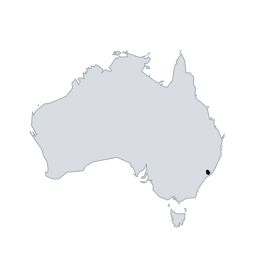 location of Dungog, New South Wales, Australia, rotated 12°
{"feature_id": "25037944B39236446518145", "entity_name": "Dungog", "entity_type": "district", "adm_level": 2, "iso_a3": "AUS", "parent_name": "Australia", "parent_adm1": "New South Wales", "projection": "albers", "projection_center": [151.601, -32.347], "detail": "fine", "context": "in_parent", "style": "filled", "palette": "ink", "viewbox_px": 256, "rotation_deg": 12, "n_neighbors": 0, "source": "geoboundaries", "source_scale": "gbopen_adm2", "svg_char_len": 4308}
<svg xmlns="http://www.w3.org/2000/svg" viewBox="0 0 256 256"><g transform="rotate(12 128 128)"><path d="M169.3,50.2L173.3,62.0L177.1,61.2L181.7,64.5L182.9,71.9L185.6,74.4L186.5,81.4L188.5,84.9L200.9,91.3L205.9,102.4L207.3,103.0L207.5,101.0L210.1,103.0L210.5,102.0L211.6,107.7L213.2,109.4L216.5,111.2L222.9,120.9L222.6,127.4L224.8,135.3L221.4,149.9L219.3,155.2L214.0,161.2L209.3,173.2L208.3,182.2L199.7,184.6L195.6,188.6L192.9,189.1L193.8,191.2L189.4,188.2L190.0,187.4L189.7,186.7L188.9,186.7L187.6,188.2L186.5,187.4L188.2,186.0L187.1,185.0L181.8,190.2L172.8,188.6L165.3,183.4L164.6,178.9L160.8,175.1L162.2,175.1L162.1,173.8L157.5,175.6L158.5,172.4L156.1,168.1L155.1,173.4L151.7,174.4L152.0,172.6L153.6,172.4L155.0,165.1L153.7,159.9L152.0,165.7L148.8,168.3L146.9,172.0L147.5,173.6L146.1,173.6L143.6,172.1L145.0,171.9L143.5,168.8L140.7,165.4L138.8,165.2L138.0,162.0L123.3,159.0L101.2,168.2L94.9,173.7L92.9,179.2L77.6,183.9L71.0,192.0L65.3,193.5L57.8,192.0L56.4,188.3L58.2,188.4L58.7,185.7L56.2,178.2L51.5,173.4L48.0,166.7L35.2,154.7L38.7,155.2L35.4,151.3L37.6,153.5L40.1,153.5L33.1,145.6L31.2,132.0L32.9,134.8L34.4,130.6L41.8,121.5L45.3,120.7L61.0,109.7L65.5,100.4L63.8,95.7L66.4,91.2L70.8,95.8L71.6,92.4L69.1,90.7L69.3,89.3L75.5,88.6L73.5,88.6L74.2,86.1L72.7,84.5L75.8,83.4L74.3,82.3L76.9,81.5L75.5,79.7L77.3,76.8L77.8,78.2L79.6,77.5L79.1,74.9L82.1,75.2L83.3,72.7L86.6,73.5L91.2,76.2L91.2,79.2L93.2,75.8L99.2,76.5L99.9,74.7L97.0,73.0L101.6,61.9L103.1,62.3L104.9,59.4L105.9,60.3L112.6,58.3L111.9,56.0L107.0,55.1L107.7,54.4L125.1,56.6L129.7,54.0L128.8,56.1L131.0,56.8L133.1,54.2L135.6,55.8L133.6,60.6L130.8,61.4L131.4,64.5L129.5,69.9L145.4,77.0L149.5,77.4L151.0,79.5L157.7,80.3L161.6,71.8L160.8,60.3L161.2,55.9L162.8,54.7L161.3,52.9L164.8,44.3L169.3,50.2ZM187.3,199.6L194.0,201.8L201.6,199.9L202.3,207.0L201.8,205.7L201.1,207.3L201.1,211.9L198.3,210.1L196.8,214.5L193.5,214.3L194.1,213.1L191.1,211.2L189.8,207.6L191.1,208.2L187.8,203.4L187.3,199.6ZM99.1,56.1L103.9,55.1L105.6,56.1L102.9,59.1L99.1,56.1ZM150.7,178.0L157.4,176.9L154.7,178.5L150.7,178.0ZM135.4,63.3L136.7,65.6L133.6,65.6L133.9,63.8L135.4,63.3ZM222.5,119.8L222.3,116.8L223.4,114.4L223.8,116.2L222.5,119.8ZM199.6,194.8L201.8,195.3L201.9,196.3L199.6,194.8ZM98.8,56.9L100.9,58.9L97.9,59.4L98.8,56.9ZM184.7,196.0L183.5,195.8L184.0,194.1L184.7,196.0ZM152.9,75.0L151.5,75.9L150.2,76.5L150.7,75.0L152.9,75.0ZM35.0,154.0L33.5,153.1L33.0,151.9L33.1,151.7L35.0,154.0ZM201.4,197.3L202.3,197.9L200.7,197.4L201.4,197.3ZM212.6,108.0L213.6,108.0L213.6,109.3L212.6,108.0ZM186.9,81.2L188.2,81.9L188.0,82.4L186.9,81.2ZM198.3,212.7L198.5,213.8L197.7,213.5L198.3,212.7ZM224.0,128.5L224.1,130.2L224.0,128.5ZM111.3,53.7L110.4,53.2L110.8,52.7L111.3,53.7ZM133.7,50.2L132.7,51.6L133.8,49.3L133.7,50.2ZM224.2,126.6L223.7,127.1L224.1,126.6L224.2,126.6ZM138.5,72.4L137.9,72.8L138.2,72.1L138.5,72.4ZM133.0,63.6L132.2,63.8L132.6,63.0L133.0,63.6ZM35.8,123.7L35.9,124.7L35.5,124.8L35.8,123.7ZM163.3,43.8L163.4,44.7L163.0,44.1L163.3,43.8ZM189.0,187.1L189.2,187.6L188.9,187.5L189.0,187.1ZM132.4,52.0L131.0,53.1L132.4,51.8L132.4,52.0ZM75.3,78.5L74.9,79.2L75.1,78.4L75.3,78.5ZM198.7,211.8L198.4,212.1L198.6,211.6L198.7,211.8ZM152.5,78.1L151.7,78.2L152.1,77.6L152.5,78.1ZM73.3,83.6L73.0,84.1L72.8,83.3L73.3,83.6ZM201.7,209.3L201.2,209.6L201.3,209.0L201.7,209.3ZM163.7,41.5L163.6,42.1L163.1,41.9L163.7,41.5ZM188.7,187.9L189.3,188.3L188.3,188.3L188.7,187.9ZM202.4,91.2L201.8,91.2L202.0,90.5L202.4,91.2ZM207.0,100.9L206.7,100.9L206.9,100.3L207.0,100.9ZM187.6,198.7L187.4,199.2L187.2,198.6L187.6,198.7Z" fill="#d9dde1" stroke="#a8b0b8" stroke-width="1"/><path d="M214.1,153.6L214.1,153.8L214.2,154.0L214.2,154.3L214.3,154.3L214.4,154.5L214.5,154.7L214.6,154.8L214.7,155.0L214.8,155.1L214.7,155.3L214.8,155.4L214.8,155.5L214.9,155.8L214.8,156.0L215.4,156.2L215.5,156.1L215.7,155.9L215.7,156.0L215.8,156.0L216.1,156.1L216.3,156.0L216.3,155.9L216.3,156.0L216.2,156.1L216.3,156.1L216.4,156.3L216.5,156.3L216.5,156.0L216.7,155.5L216.7,155.4L216.8,155.2L216.7,155.2L216.4,155.0L216.4,154.9L216.5,154.6L216.4,154.6L216.4,154.4L216.3,154.2L216.2,154.1L215.9,154.1L215.8,153.9L215.8,153.7L215.7,153.6L215.6,153.4L215.4,153.4L215.2,153.3L215.1,153.2L214.9,153.2L214.7,153.1L214.4,153.2L214.4,153.3L214.2,153.3L214.0,153.5L214.1,153.6Z" fill="#0f172a" stroke="#020617" stroke-width="1.5"/></g></svg>